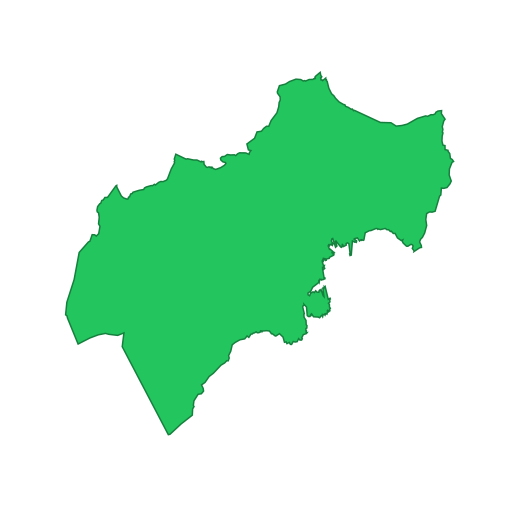 the district of Oslo nor, Oslo, Norway, rotated 282°
{"feature_id": "86288312B18463313731869", "entity_name": "Oslo nor", "entity_type": "district", "adm_level": 2, "iso_a3": "NOR", "parent_name": "Norway", "parent_adm1": "Oslo", "projection": "natural_earth1", "projection_center": [10.768, 59.972], "detail": "fine", "context": "isolated", "style": "filled", "palette": "green", "viewbox_px": 512, "rotation_deg": 282, "n_neighbors": 0, "source": "geoboundaries", "source_scale": "gbopen_adm2", "svg_char_len": 6139}
<svg xmlns="http://www.w3.org/2000/svg" viewBox="0 0 512 512"><g transform="rotate(282 256 256)"><path d="M433.9,402.0L432.3,401.7L431.0,399.9L430.6,397.7L428.3,394.9L428.3,392.8L424.2,385.3L416.5,376.6L414.0,371.6L412.2,366.1L414.4,360.3L412.5,349.9L418.8,322.5L418.9,321.5L418.5,321.2L419.8,319.5L419.3,318.7L420.6,315.3L421.0,312.5L422.5,311.4L422.3,310.4L424.0,305.2L426.9,300.9L428.9,298.9L430.4,296.2L435.2,292.4L441.6,289.3L442.1,288.5L443.1,288.2L443.0,287.6L444.5,287.2L441.4,284.7L442.0,284.0L441.7,283.0L443.7,282.2L444.0,282.9L445.2,283.0L445.9,281.9L449.0,280.6L444.4,277.0L443.1,276.4L442.3,277.1L441.7,276.8L441.3,275.5L440.6,275.1L439.7,271.3L437.4,268.1L437.7,267.2L437.0,265.8L437.9,263.1L437.3,258.3L433.6,252.5L430.3,249.1L427.5,243.5L421.0,242.7L419.7,243.2L416.7,246.5L413.5,247.3L411.0,246.7L406.7,247.2L400.4,246.7L391.6,242.6L385.5,241.5L385.1,239.3L382.4,237.0L379.2,235.4L377.6,231.2L370.8,230.1L363.7,223.8L358.2,226.5L358.1,229.1L356.0,228.1L354.0,228.1L354.7,224.6L353.5,218.5L352.2,216.8L350.0,215.3L350.5,213.9L349.5,210.0L349.3,206.8L346.9,204.6L346.2,202.2L344.3,200.9L342.6,201.6L341.2,204.0L341.1,206.7L340.2,207.3L338.2,206.3L335.2,203.2L332.3,198.6L332.6,196.1L333.8,194.4L332.9,194.0L333.5,192.6L333.1,192.2L333.4,191.5L332.5,189.9L332.6,189.0L334.8,186.2L337.6,185.3L336.9,183.4L337.3,183.1L336.7,182.4L337.6,178.3L336.9,175.1L336.9,168.8L336.2,167.5L338.9,156.4L333.8,155.9L332.7,156.7L331.3,156.4L330.2,157.0L323.5,155.0L313.1,153.4L311.5,152.6L309.4,149.6L309.1,147.4L307.8,145.5L304.6,142.9L305.0,141.7L303.3,140.2L303.1,138.8L300.7,134.3L299.4,132.8L297.7,132.3L296.0,128.1L292.8,122.4L291.5,122.0L290.6,120.5L287.6,120.0L287.1,119.1L285.2,118.9L284.8,118.1L285.3,114.3L286.7,111.8L294.5,105.5L296.1,105.1L295.5,104.4L282.5,98.6L281.8,96.0L279.1,95.0L278.2,93.6L275.4,93.2L274.6,92.3L271.4,90.8L267.8,90.9L266.2,91.5L265.5,93.0L261.3,94.6L254.7,95.3L252.6,97.2L245.1,97.5L242.3,95.6L243.2,93.8L242.8,91.3L236.0,90.5L234.8,89.1L222.7,82.3L195.1,83.0L171.4,80.6L158.9,82.0L158.1,83.6L156.1,84.5L132.9,100.3L141.3,110.6L146.1,118.1L149.0,124.9L148.8,128.3L149.6,137.2L153.3,142.8L139.5,144.0L63.0,207.4L63.8,209.0L76.1,217.6L87.1,226.8L93.3,225.8L95.8,226.7L96.8,225.8L101.4,225.4L108.7,228.1L109.9,231.2L113.0,232.8L115.6,231.8L118.6,229.5L121.7,232.4L128.4,235.2L132.5,238.7L141.9,244.4L144.9,247.6L147.4,249.1L147.7,250.6L150.6,251.0L152.9,249.9L157.7,251.1L164.2,251.2L167.1,253.6L170.7,257.7L172.6,262.2L175.9,263.9L174.9,265.9L178.5,267.3L179.0,268.7L180.0,269.3L180.5,270.6L181.9,271.9L181.2,273.1L181.3,274.0L182.2,275.8L183.8,276.1L183.9,276.9L183.1,277.6L184.0,278.0L185.2,282.1L185.4,284.8L183.1,287.3L183.4,288.0L181.8,291.4L181.9,292.1L184.9,295.1L182.3,299.3L177.5,301.8L178.3,303.3L176.7,304.5L178.4,306.5L176.7,308.0L176.9,309.2L180.1,310.2L180.0,312.2L180.8,314.1L184.0,314.9L182.9,316.4L183.3,318.1L184.7,318.5L185.5,317.8L188.9,318.6L190.6,321.4L191.7,321.9L191.4,321.0L193.9,320.8L193.2,320.5L193.8,320.2L195.5,319.9L196.1,320.7L198.6,320.3L199.2,319.4L203.4,318.3L206.0,315.8L209.0,314.9L209.5,315.3L215.8,312.3L216.8,312.3L217.9,313.3L218.7,313.0L216.6,316.0L208.4,318.5L207.7,319.8L208.0,321.3L209.6,321.7L208.7,321.8L209.1,322.2L210.3,321.8L211.0,322.4L208.5,324.9L209.2,329.5L208.8,331.1L211.3,332.3L211.5,333.0L211.0,333.4L211.8,333.3L211.2,333.8L212.1,333.8L213.3,335.0L212.9,335.4L213.6,335.3L214.0,336.0L213.4,336.4L214.7,337.2L214.4,337.5L215.7,337.6L216.2,338.3L217.1,337.1L217.8,337.3L217.3,339.0L217.4,339.5L218.5,339.5L217.9,339.9L219.3,339.0L220.3,339.6L221.3,338.5L224.0,337.8L224.9,336.7L226.5,337.9L228.6,337.1L229.4,337.7L230.1,337.2L228.6,335.7L240.5,330.0L239.7,329.6L240.1,329.1L238.5,329.4L238.9,329.1L238.3,329.0L238.7,328.2L238.2,328.1L230.3,331.0L231.0,330.0L236.7,326.6L235.6,326.1L236.0,325.5L235.3,325.0L233.6,325.0L233.3,323.2L234.4,321.6L232.3,320.6L232.8,319.2L231.6,318.0L231.8,317.3L228.3,316.7L228.8,315.1L229.7,314.7L230.6,314.6L233.3,317.0L237.2,317.9L243.1,322.9L245.0,322.6L244.9,323.0L244.1,323.0L243.6,323.3L246.5,323.3L246.2,324.9L246.7,324.8L246.7,326.3L248.1,328.2L248.9,327.9L248.7,327.2L257.7,323.6L256.4,324.7L258.3,325.8L258.9,324.9L258.5,322.8L259.3,324.8L260.3,324.2L260.5,324.9L261.0,324.9L260.6,324.0L264.0,322.1L264.4,322.7L265.1,321.8L265.5,321.9L264.7,323.2L265.8,322.0L266.7,322.2L265.9,323.5L266.9,322.3L267.4,322.4L266.9,323.3L267.7,322.8L267.7,324.8L266.4,325.2L266.5,325.6L267.6,325.3L268.9,328.1L270.0,328.2L272.7,331.5L273.2,331.3L273.1,331.8L274.0,331.9L274.7,330.7L275.5,331.9L276.0,331.2L275.3,329.7L276.6,329.9L278.4,326.5L278.1,326.3L280.9,324.5L282.9,324.9L281.7,324.7L281.2,325.7L282.8,326.2L282.6,327.2L284.0,327.6L282.6,327.7L282.2,328.5L283.9,328.8L286.4,326.5L288.6,326.7L289.1,327.4L281.1,332.0L282.6,333.1L286.6,330.7L287.3,331.1L282.6,336.7L283.0,336.9L282.3,337.8L283.0,338.4L285.8,337.9L283.5,339.7L285.4,342.0L287.0,341.6L287.9,342.8L287.3,344.3L278.9,347.2L279.2,347.9L278.9,348.2L277.3,348.5L277.0,347.8L278.0,347.5L277.6,347.1L276.0,347.9L276.7,349.0L290.7,347.2L290.1,349.5L290.5,349.6L290.1,351.2L290.7,351.4L291.9,351.2L292.7,348.6L293.3,348.5L294.8,351.4L292.2,354.2L293.5,355.0L293.3,355.9L293.9,355.9L294.0,356.5L293.3,357.1L293.7,357.0L293.6,357.7L294.1,358.2L301.4,358.0L304.3,361.6L304.8,363.2L307.8,367.6L308.0,368.7L307.4,369.6L307.9,370.0L307.7,372.2L309.8,376.7L308.9,378.6L309.3,380.2L307.9,382.3L308.4,383.1L306.6,385.6L307.0,387.4L303.1,390.6L301.3,394.8L302.3,396.2L301.0,395.9L299.3,397.2L296.9,401.1L297.1,402.5L299.7,405.2L299.3,406.9L298.3,407.6L295.9,407.3L293.9,409.6L293.2,409.6L298.1,414.4L298.8,416.1L300.6,415.5L303.8,413.1L306.6,413.5L308.8,414.9L313.6,416.2L321.3,416.6L327.0,414.5L333.0,414.1L335.2,416.6L335.5,419.1L337.0,421.9L352.7,423.1L354.1,424.1L361.0,423.2L361.2,425.6L362.7,428.6L366.8,430.7L369.9,431.4L375.4,428.1L381.4,427.1L388.4,428.3L389.5,429.6L391.2,427.9L391.9,425.9L396.5,424.2L398.2,422.2L399.3,421.8L399.4,418.8L403.3,417.9L403.3,415.8L407.1,414.0L411.9,413.2L415.3,413.3L415.9,412.5L418.6,412.5L421.2,411.3L427.2,411.6L429.1,412.5L433.8,407.7L436.8,407.3L435.6,403.8L433.9,402.0Z" fill="#22c55e" stroke="#15803d" stroke-width="1.5"/></g></svg>